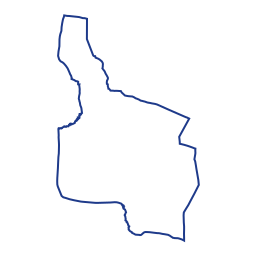 outline of Ban Dan, Buri Ram, Thailand
{"feature_id": "78962969B34946496747939", "entity_name": "Ban Dan", "entity_type": "district", "adm_level": 2, "iso_a3": "THA", "parent_name": "Thailand", "parent_adm1": "Buri Ram", "projection": "albers", "projection_center": [103.173, 15.139], "detail": "fine", "context": "isolated", "style": "outline", "palette": "blue", "viewbox_px": 256, "rotation_deg": 0, "n_neighbors": 0, "source": "geoboundaries", "source_scale": "gbopen_adm2", "svg_char_len": 5046}
<svg xmlns="http://www.w3.org/2000/svg" viewBox="0 0 256 256"><path d="M194.4,159.3L195.3,154.0L195.4,153.0L195.3,150.2L195.4,148.6L194.6,148.4L192.9,147.7L189.9,146.6L187.2,145.7L184.1,144.8L181.3,144.1L179.8,143.8L179.7,141.4L179.2,136.8L189.2,118.6L188.6,118.3L187.9,118.0L186.7,117.4L185.9,117.2L169.4,110.0L157.1,104.5L155.0,103.9L152.0,103.4L149.8,102.9L149.0,102.8L147.4,102.5L146.8,102.3L144.9,101.6L144.0,101.4L142.1,100.9L140.6,100.6L139.2,99.7L138.1,99.2L136.6,98.6L135.6,98.3L134.3,97.4L132.4,96.5L128.7,96.2L127.3,96.0L125.3,95.6L124.9,95.5L124.5,95.1L121.6,92.4L120.9,91.1L117.9,90.9L115.9,90.8L114.5,90.9L113.2,90.7L110.5,90.6L109.8,89.6L109.0,88.8L108.9,88.7L108.4,88.7L108.1,87.1L107.8,86.2L107.8,85.0L107.8,84.5L107.7,84.2L106.9,83.9L106.8,82.7L106.9,81.4L107.0,80.7L107.3,80.1L107.7,79.3L107.8,79.0L107.9,78.7L107.9,77.8L107.7,77.3L106.7,75.4L105.6,73.6L105.2,72.6L104.7,71.4L102.4,68.4L102.6,67.7L102.7,67.2L102.8,66.2L102.8,65.1L102.9,64.5L102.9,64.1L102.8,63.3L102.6,62.7L101.8,61.4L100.4,60.2L99.4,59.4L98.2,58.7L97.3,58.3L95.6,57.7L95.2,56.2L94.5,56.2L93.9,56.0L93.4,55.7L93.1,55.2L86.9,39.1L87.0,18.8L84.8,18.2L83.8,18.1L82.8,18.1L82.4,18.0L79.3,17.1L77.7,16.9L69.2,16.0L67.0,15.9L64.2,15.4L64.0,16.6L63.0,19.2L62.2,23.2L61.6,27.1L61.4,30.9L60.3,34.2L59.8,36.6L59.7,37.6L59.5,39.3L59.4,46.3L58.5,51.5L58.1,55.9L59.1,59.3L60.3,61.0L60.9,61.5L61.9,62.0L62.6,62.4L63.9,63.5L65.8,65.7L67.2,67.7L67.7,68.5L69.0,71.4L69.8,73.3L70.0,73.9L70.2,74.3L71.1,75.8L71.6,77.7L71.7,77.9L71.8,78.1L71.5,78.9L71.5,79.0L73.6,79.8L74.1,80.0L76.0,81.2L76.8,81.2L77.2,81.3L77.7,81.5L78.0,81.6L78.2,81.8L78.1,83.4L78.1,84.1L78.6,84.2L78.6,84.5L79.1,84.5L79.3,84.5L79.2,84.7L79.2,84.9L79.7,89.0L79.7,89.6L79.6,92.1L79.7,92.5L79.7,92.9L79.7,93.4L79.3,95.3L79.1,96.1L79.0,97.0L78.8,98.7L79.0,99.4L79.3,100.3L79.5,101.6L79.8,102.2L80.3,105.3L81.2,107.5L81.4,108.4L82.0,113.0L81.6,113.2L81.4,113.3L81.3,113.7L81.2,113.7L80.3,114.0L80.2,114.0L80.4,114.3L80.6,114.4L80.7,114.6L80.2,114.8L80.0,115.3L79.2,115.3L79.2,115.5L79.6,115.7L79.7,115.8L79.6,116.0L79.4,116.4L79.4,116.8L79.3,117.2L79.3,117.4L79.5,117.8L79.4,118.0L79.1,118.1L78.3,117.6L78.0,117.4L77.8,117.4L77.8,117.5L77.9,117.8L77.9,118.2L78.3,118.9L78.3,119.0L78.2,119.1L77.7,118.7L77.3,118.8L77.3,119.2L77.1,119.3L76.9,119.2L76.8,119.3L76.7,119.4L76.8,120.2L76.9,120.5L76.6,120.7L76.3,120.3L76.2,120.3L75.9,120.6L75.7,120.8L75.6,121.2L75.2,121.3L75.1,121.5L75.0,121.8L74.8,122.7L74.8,122.9L74.6,123.1L73.7,123.4L73.5,123.6L73.2,123.8L72.6,123.9L72.3,124.0L71.8,124.3L71.7,124.4L71.4,124.1L71.0,123.6L70.9,123.6L70.6,124.0L70.2,123.7L69.9,123.8L69.7,124.3L70.1,124.7L70.1,124.8L70.0,125.1L69.9,125.2L69.6,125.1L69.5,124.9L69.4,124.8L69.2,124.7L69.0,124.8L69.0,125.0L68.5,125.8L68.4,126.3L68.1,126.4L67.8,126.3L66.6,126.2L66.4,126.3L66.2,126.8L65.9,126.9L65.7,126.8L64.6,126.3L64.4,126.3L64.4,126.7L64.3,126.8L62.5,127.4L62.3,127.6L62.2,127.7L62.1,128.1L61.9,128.2L61.5,128.2L61.2,128.5L60.8,128.4L60.7,128.1L60.3,128.1L60.1,128.2L59.7,128.5L59.4,128.5L59.1,128.2L58.9,128.1L58.7,128.2L58.7,128.4L59.1,128.8L59.0,129.0L58.6,129.3L58.4,129.3L58.7,135.2L58.6,137.2L58.9,142.4L59.0,144.9L58.9,150.2L58.8,153.6L58.4,157.1L58.2,161.2L57.9,168.3L57.4,176.5L57.3,177.8L57.2,181.0L57.3,184.5L57.8,186.5L61.6,195.9L63.3,197.3L65.8,198.0L69.5,199.2L74.3,200.3L81.0,201.6L84.1,201.9L94.6,202.8L96.7,202.9L110.5,202.5L114.7,202.2L116.7,202.3L118.5,202.7L121.1,203.6L121.3,203.7L121.6,204.0L121.8,204.6L122.4,204.7L122.5,204.8L122.5,205.0L122.5,205.6L122.8,205.8L123.3,205.5L123.4,205.4L123.6,205.5L123.8,205.9L123.7,206.8L124.0,207.0L123.8,207.3L123.3,207.2L123.1,207.3L123.2,207.6L123.5,208.6L123.8,208.8L124.8,209.4L125.0,209.6L125.8,211.5L125.9,212.1L126.0,212.4L125.9,212.5L125.6,213.0L125.1,214.5L124.8,214.7L124.7,215.0L124.7,215.3L125.2,216.2L125.4,217.0L125.5,218.2L125.7,218.8L125.6,219.7L125.4,220.2L125.4,220.4L125.5,220.5L126.0,220.7L126.1,220.8L126.4,221.2L126.7,221.4L126.8,221.6L126.7,222.1L127.0,222.2L127.2,222.3L127.2,222.7L127.5,223.0L127.9,223.9L128.0,224.6L128.3,225.0L128.4,225.3L128.4,225.7L128.6,225.9L129.1,226.3L129.3,226.4L129.3,226.5L128.5,227.7L128.7,228.3L128.7,228.8L128.6,229.3L128.7,229.6L128.8,229.8L129.2,230.0L129.6,230.7L129.9,231.0L130.0,231.1L130.6,231.5L130.9,231.6L131.1,231.8L131.8,232.1L132.0,232.7L132.1,232.9L132.3,233.0L133.5,233.5L135.4,234.6L136.3,234.7L139.4,234.9L140.0,235.1L140.6,235.0L141.3,234.8L143.3,233.0L144.1,232.4L144.6,232.2L145.1,232.1L145.7,232.0L149.8,232.2L150.5,232.3L151.3,232.4L153.6,232.7L157.0,233.1L157.7,233.1L158.9,233.2L159.7,233.3L162.4,233.9L164.5,234.2L166.8,234.6L168.0,234.8L169.7,235.6L170.8,236.4L172.2,237.3L172.8,237.7L173.1,237.9L173.8,237.9L174.6,238.1L175.0,238.1L175.9,238.1L176.6,238.2L177.8,238.2L179.4,238.6L182.0,239.5L184.1,240.6L184.1,237.9L184.0,233.8L184.1,229.4L184.1,226.4L183.8,222.4L183.6,215.3L183.8,212.6L183.9,212.3L184.9,210.6L186.6,207.8L188.3,205.1L190.5,200.9L194.6,193.2L198.8,184.9L198.3,179.8L196.4,168.8L195.9,165.5L195.2,161.4L194.4,159.3Z" fill="none" stroke="#1e3a8a" stroke-width="2"/></svg>